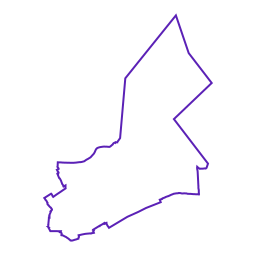 Medemblik, Noord-Holland, Netherlands
{"feature_id": "6326949B12217524678561", "entity_name": "Medemblik", "entity_type": "district", "adm_level": 2, "iso_a3": "NLD", "parent_name": "Netherlands", "parent_adm1": "Noord-Holland", "projection": "mercator", "projection_center": [5.083, 52.79], "detail": "fine", "context": "isolated", "style": "outline", "palette": "violet", "viewbox_px": 256, "rotation_deg": 0, "n_neighbors": 0, "source": "geoboundaries", "source_scale": "gbopen_adm2", "svg_char_len": 4906}
<svg xmlns="http://www.w3.org/2000/svg" viewBox="0 0 256 256"><path d="M211.7,83.0L188.7,53.1L175.9,15.4L138.2,62.2L125.3,78.3L120.1,138.1L117.2,142.2L117.2,142.3L116.8,142.3L115.7,142.3L115.5,142.6L115.3,142.3L114.5,142.8L113.7,143.1L113.3,143.5L113.0,143.9L112.8,144.4L112.6,144.6L112.1,144.9L111.7,145.3L110.4,146.4L110.1,146.6L109.4,146.9L108.0,146.8L107.1,146.7L103.9,146.6L102.9,146.7L100.8,147.0L99.3,147.3L97.3,148.0L96.7,148.6L96.0,149.3L95.4,150.6L94.6,152.4L94.3,152.9L94.0,153.4L93.5,154.1L92.9,154.7L91.0,156.8L90.7,157.2L90.3,157.5L89.9,157.7L88.0,158.9L87.2,159.3L86.3,159.8L85.7,160.2L84.6,161.0L84.4,161.2L84.1,161.3L82.3,161.8L81.5,162.0L81.1,162.0L80.8,162.1L80.0,162.1L79.1,162.2L78.3,162.3L77.5,162.4L76.0,162.6L73.5,162.8L72.3,162.8L71.2,162.8L66.6,162.7L62.9,162.6L60.7,162.4L59.7,162.4L57.8,162.3L57.6,166.5L57.4,166.7L57.4,166.8L57.5,166.9L57.6,167.1L57.8,167.4L57.9,167.5L58.1,167.8L58.3,168.0L58.5,168.4L58.6,168.5L58.6,169.0L56.9,169.8L57.2,170.3L57.6,171.1L57.7,171.3L57.8,171.5L58.0,171.6L58.1,171.8L58.2,172.0L58.4,172.2L58.5,172.3L58.6,172.6L58.6,172.8L57.6,173.4L57.7,173.5L57.9,173.8L58.1,173.9L58.1,174.0L57.6,174.3L58.0,175.1L58.0,175.3L58.1,175.5L59.0,177.7L59.1,177.9L59.3,178.2L59.5,178.2L59.6,178.4L59.7,178.5L60.0,178.8L60.9,180.5L61.0,180.7L61.5,182.1L61.8,182.8L62.1,183.7L62.2,184.0L62.3,184.1L62.5,184.3L63.0,185.1L63.4,185.7L63.5,185.8L63.6,186.1L63.4,186.3L63.5,186.5L65.5,185.4L65.5,185.8L65.5,186.0L65.5,186.3L65.5,186.9L65.5,187.0L65.5,187.3L65.5,187.6L65.5,187.8L65.6,188.4L63.2,190.0L60.6,191.8L56.4,194.6L53.2,196.9L52.7,196.3L51.8,194.4L51.7,194.3L51.1,193.7L44.3,198.0L44.9,198.8L45.0,198.9L45.6,200.0L45.8,200.1L46.8,201.4L46.9,201.7L47.0,202.0L47.1,202.3L47.3,202.6L47.5,202.7L47.5,202.8L47.5,203.1L47.4,203.1L47.4,203.3L47.4,203.5L47.4,203.8L47.5,204.2L47.7,204.5L47.8,204.6L48.0,204.8L48.5,205.2L48.5,205.3L48.6,205.5L48.8,205.7L49.0,205.9L49.1,206.0L49.3,206.2L49.5,206.5L49.8,206.8L50.2,207.2L50.5,207.4L50.8,207.6L50.9,207.9L51.1,208.0L51.3,208.3L51.5,208.7L51.8,209.0L52.0,209.6L52.0,209.8L50.8,211.0L51.1,211.1L49.5,214.8L49.3,215.3L49.5,215.5L49.4,216.0L49.2,216.6L49.4,216.6L49.4,216.8L49.5,216.8L49.5,217.1L49.5,217.5L49.2,217.4L48.9,217.5L48.9,218.3L48.8,218.8L48.8,219.1L48.8,219.4L48.7,220.5L48.4,223.4L48.4,224.4L48.3,224.5L48.2,224.7L48.3,224.9L48.2,226.9L48.3,227.0L48.2,227.0L48.3,227.1L48.6,227.9L49.3,229.1L50.3,231.1L60.8,231.2L60.4,232.2L60.3,232.3L60.7,232.4L61.1,232.5L61.3,232.9L61.4,233.0L61.5,233.2L61.6,233.3L61.7,233.9L61.7,234.1L61.5,234.3L61.4,234.9L61.4,235.2L61.9,235.3L62.1,235.3L62.3,235.3L62.7,235.4L62.8,235.4L63.5,235.7L63.7,235.8L63.8,235.9L64.5,236.3L65.2,236.6L66.0,237.0L66.4,237.2L66.8,237.6L67.3,237.9L67.8,238.2L68.0,238.4L68.2,238.5L68.8,238.9L68.9,239.0L69.1,239.3L70.2,240.1L70.4,240.4L70.8,240.4L71.0,240.6L71.4,240.6L72.5,240.5L75.0,239.7L75.4,239.6L75.6,239.6L75.9,239.5L77.7,238.9L78.4,238.7L78.4,238.3L78.4,238.1L78.5,237.8L78.7,237.6L78.8,237.3L78.9,237.2L78.9,236.8L78.7,235.9L78.9,235.8L78.7,235.2L80.9,234.8L81.0,234.7L85.0,233.9L86.8,233.7L90.2,233.4L90.4,233.5L91.4,233.4L91.5,233.2L93.0,233.0L93.9,232.8L93.3,231.2L93.1,231.0L93.8,230.5L93.2,229.7L98.9,226.2L98.9,226.3L99.5,226.2L99.5,225.9L102.5,224.2L103.1,223.8L104.2,223.1L104.4,223.9L105.3,223.6L105.2,223.4L106.0,222.9L106.5,222.8L106.6,223.8L106.7,224.3L106.8,224.4L107.2,225.1L107.4,225.5L107.5,225.7L108.4,226.9L109.0,227.8L127.4,216.8L138.5,211.8L146.0,208.0L156.4,203.9L160.7,202.2L160.5,201.7L160.1,200.4L159.8,199.7L161.2,199.3L161.3,199.1L161.6,199.0L161.8,199.0L162.0,199.0L162.3,198.9L162.4,198.6L162.5,198.5L162.5,198.4L162.9,198.2L163.4,198.0L164.4,197.7L164.6,197.6L165.1,197.4L165.4,197.1L165.7,197.0L168.2,196.1L168.3,196.1L168.5,196.1L169.2,195.7L169.5,195.6L169.8,195.4L170.2,195.3L170.4,195.2L170.5,195.1L171.6,194.6L172.0,194.5L172.2,194.4L173.0,194.1L173.6,193.8L174.2,193.7L176.5,193.3L177.3,193.3L178.2,193.2L178.4,193.1L178.7,193.0L179.0,193.1L179.4,193.0L180.4,193.1L181.5,193.4L182.6,193.5L183.5,193.4L183.9,193.3L184.5,193.3L185.0,193.4L186.2,193.4L186.8,193.5L187.2,193.7L187.7,193.8L188.3,193.8L189.3,193.9L190.9,193.9L192.9,194.1L194.1,194.1L195.0,194.2L196.4,194.3L197.4,194.2L197.8,194.3L198.3,194.4L198.9,194.4L198.9,194.2L199.0,194.0L198.9,193.5L198.9,193.4L198.9,193.1L198.8,192.6L198.8,192.4L198.8,191.9L198.8,190.9L198.8,190.4L198.7,189.9L198.7,189.2L198.5,188.9L198.4,187.8L198.4,187.1L198.4,186.7L198.4,186.1L198.4,185.8L198.4,185.5L198.3,185.2L198.3,184.6L198.3,184.1L198.3,183.9L198.2,183.1L198.2,182.0L198.1,180.6L198.1,180.4L197.7,172.6L197.6,171.1L197.5,170.5L197.2,169.1L197.1,167.5L197.2,166.8L197.6,167.2L198.0,167.5L199.0,168.3L199.6,168.7L199.9,168.8L200.0,168.8L200.2,168.7L201.8,168.7L203.4,168.6L204.7,168.4L205.3,168.5L205.6,168.5L205.7,168.4L205.9,168.4L206.2,168.1L206.5,167.9L206.7,167.4L208.0,163.6L173.9,119.1L211.7,83.0Z" fill="none" stroke="#5b21b6" stroke-width="2"/></svg>